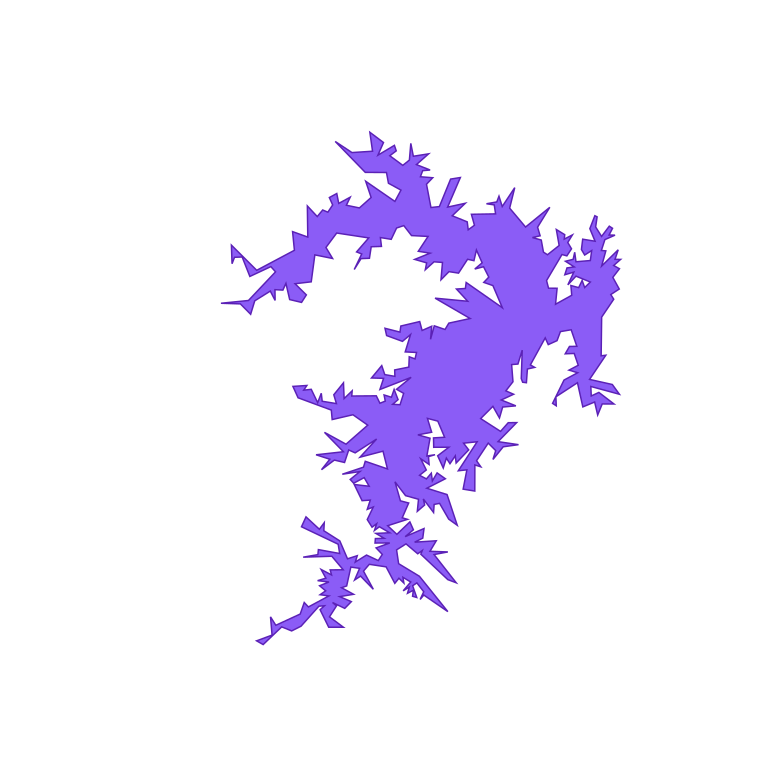 Wadung Kedungombo, Jawa Tengah, Indonesia, rotated 45°
{"feature_id": "22746128B86942252851890", "entity_name": "Wadung Kedungombo", "entity_type": "district", "adm_level": 2, "iso_a3": "IDN", "parent_name": "Indonesia", "parent_adm1": "Jawa Tengah", "projection": "equal_earth", "projection_center": [110.819, -7.295], "detail": "fine", "context": "isolated", "style": "filled", "palette": "violet", "viewbox_px": 768, "rotation_deg": 45, "n_neighbors": 0, "source": "geoboundaries", "source_scale": "gbopen_adm2", "svg_char_len": 6158}
<svg xmlns="http://www.w3.org/2000/svg" viewBox="0 0 768 768"><g transform="rotate(45 384 384)"><path d="M317.6,274.2L328.5,268.2L332.4,274.0L333.0,262.2L339.4,256.7L350.6,270.0L350.5,258.6L358.3,252.9L354.9,236.7L360.4,233.2L354.6,223.9L367.7,228.9L366.9,238.5L371.5,230.7L382.5,234.3L382.7,241.6L391.4,237.4L413.8,246.4L370.3,254.1L374.0,258.9L368.1,265.6L384.7,266.3L359.4,287.2L398.6,276.8L386.8,295.1L388.6,302.3L378.4,307.3L385.3,319.5L376.9,309.4L373.1,319.2L365.1,314.6L354.9,331.1L358.6,336.0L345.3,343.9L351.6,347.9L366.9,340.8L367.8,330.3L376.3,346.3L384.7,338.7L388.2,344.3L382.6,346.9L389.6,354.5L381.6,366.5L386.3,370.9L377.9,376.8L369.4,372.6L370.9,388.6L379.7,380.3L385.0,390.8L398.5,360.1L396.6,378.9L404.5,376.7L410.0,387.3L404.5,392.2L405.0,385.1L395.0,380.7L398.6,388.1L391.8,391.7L397.0,395.2L394.7,400.5L386.9,397.8L369.7,415.3L366.3,411.3L366.1,422.5L354.5,411.8L356.1,427.1L364.2,431.5L352.5,439.9L346.2,434.9L350.3,444.1L336.3,439.2L331.6,445.1L330.5,439.6L321.3,450.1L333.0,454.5L365.2,439.7L372.5,445.8L383.8,427.7L401.6,424.6L399.7,453.4L376.1,460.3L403.2,460.6L386.0,482.1L398.9,475.5L400.4,488.8L402.7,472.9L411.6,467.4L405.7,455.6L412.3,453.1L417.7,428.1L418.8,452.7L430.8,432.2L446.5,441.6L425.4,451.9L428.3,457.3L418.3,477.3L428.9,462.9L427.6,475.4L432.7,475.6L436.2,464.2L445.8,466.8L434.0,476.1L451.0,482.0L456.4,475.8L460.8,484.5L463.4,478.6L468.0,491.7L476.8,493.7L477.6,488.0L480.8,494.3L481.7,488.2L493.2,485.2L483.9,495.4L493.2,493.0L487.2,499.4L490.1,502.8L500.5,492.3L494.3,505.5L503.3,505.7L504.8,512.9L492.6,517.3L489.6,530.2L486.5,524.3L481.8,533.4L463.7,526.2L445.2,530.3L439.8,524.3L441.0,532.4L422.8,533.1L426.6,543.3L464.9,529.7L472.5,535.2L454.7,547.5L457.9,551.4L449.3,563.6L468.9,542.7L486.5,544.2L477.4,553.5L481.9,556.1L470.7,559.6L480.2,562.4L476.1,570.0L485.1,562.9L481.1,572.2L489.0,571.5L487.8,578.2L494.9,572.8L488.2,595.1L482.1,594.9L487.4,605.9L478.1,631.1L468.4,628.9L482.4,640.7L475.5,655.7L482.8,653.7L483.4,628.1L493.3,623.9L496.6,613.9L495.1,587.1L498.7,582.9L498.4,588.8L516.9,595.1L527.3,584.7L510.1,587.2L507.3,574.5L502.1,574.9L514.9,570.4L514.8,561.0L503.0,565.7L511.2,554.2L498.0,558.1L500.4,553.2L490.0,536.9L497.1,531.6L501.8,543.4L503.3,536.4L521.6,536.7L501.8,530.8L501.1,521.9L514.8,511.8L532.6,517.3L531.9,510.8L538.8,510.7L534.1,507.3L542.9,505.1L543.8,516.7L545.5,509.7L548.6,515.4L550.6,509.1L554.3,513.9L558.1,511.8L546.9,506.4L547.9,501.4L559.0,502.8L561.9,510.8L561.4,505.1L590.1,499.8L545.0,494.9L521.4,500.7L510.2,492.4L512.6,481.5L527.9,480.2L528.8,474.7L530.4,478.3L567.5,477.2L575.6,473.5L540.0,469.2L547.9,457.6L534.8,469.8L531.8,457.9L517.5,474.2L520.4,465.6L514.5,457.9L506.9,477.0L507.9,466.3L499.8,463.2L499.4,481.2L486.8,481.6L496.3,463.1L491.5,465.7L485.6,450.7L478.2,455.0L460.9,445.4L478.2,447.7L489.9,441.1L497.6,450.5L498.3,440.8L493.1,437.5L509.9,439.8L504.6,433.7L507.7,429.1L525.3,433.8L535.7,432.1L506.8,417.6L488.0,427.4L494.4,407.6L484.4,409.3L486.7,418.3L480.5,413.6L481.1,421.1L473.7,423.4L474.7,414.9L462.8,410.9L472.8,409.0L466.8,403.9L470.1,397.9L465.2,404.6L454.9,389.8L443.9,396.0L451.8,384.4L439.0,377.6L448.3,372.2L464.5,378.8L457.1,387.1L463.9,393.6L474.6,382.8L472.7,396.8L485.3,401.5L480.5,392.3L487.0,393.7L485.2,384.4L490.9,388.9L490.5,370.7L482.1,369.6L490.7,359.0L497.9,392.8L503.3,386.1L514.3,402.4L523.9,395.5L505.5,377.0L511.0,374.1L503.7,372.8L499.5,352.1L510.1,352.1L514.4,360.3L512.7,344.1L522.0,331.8L505.4,344.1L505.1,317.5L499.2,323.5L499.9,335.1L476.8,340.1L476.8,322.8L489.7,326.4L484.2,316.4L492.7,306.2L478.2,312.4L482.9,299.6L475.0,302.7L473.6,291.2L460.5,280.0L464.6,275.2L457.8,262.3L477.2,283.1L480.8,284.7L483.8,282.4L474.8,272.0L478.8,265.7L474.0,267.0L465.4,237.4L472.3,240.0L475.7,231.0L471.7,222.2L478.0,213.3L493.7,221.0L488.6,226.3L490.8,234.5L496.9,227.9L508.1,233.4L505.0,243.4L513.0,239.1L508.5,253.9L516.9,278.5L521.2,277.6L514.6,271.5L519.9,246.3L540.8,259.6L545.7,247.8L557.0,254.8L552.4,243.8L560.8,235.5L541.9,238.0L539.0,245.9L532.0,239.5L557.7,224.8L545.8,222.9L526.1,235.4L520.5,206.8L517.6,210.5L490.6,182.8L486.5,161.6L481.1,160.4L483.2,150.5L470.4,146.8L469.0,136.0L462.6,137.8L463.2,128.6L459.2,132.5L454.7,123.5L454.5,146.7L446.7,133.0L443.3,135.9L438.1,125.7L442.1,115.4L437.8,119.5L435.5,112.3L431.7,113.1L433.5,125.8L422.6,123.3L416.5,115.1L414.1,115.9L419.7,128.6L432.3,133.8L422.1,141.1L428.5,149.3L434.7,150.9L436.5,142.8L442.6,150.8L433.3,161.8L425.7,156.0L429.6,162.1L425.5,168.9L435.7,166.7L431.3,172.5L434.6,178.9L439.1,170.7L443.9,183.9L443.5,172.0L457.8,166.0L457.7,173.9L450.9,170.7L453.5,178.2L446.5,182.2L454.0,188.5L448.9,206.3L438.7,193.9L432.6,199.9L425.8,195.9L418.3,166.6L422.7,164.1L421.0,155.8L413.9,154.0L411.8,145.4L409.0,154.1L406.2,150.6L396.6,152.9L409.9,162.2L408.2,177.0L403.5,178.0L393.4,171.0L385.4,175.5L389.6,168.8L381.7,164.5L376.3,141.8L373.1,172.9L348.5,170.8L337.6,152.7L342.1,174.9L332.5,169.9L335.0,175.5L329.0,184.1L335.3,179.4L342.6,184.8L325.8,202.2L335.7,207.8L334.5,215.4L328.2,210.5L313.3,216.8L313.7,198.7L303.9,213.9L292.0,184.0L286.2,192.0L297.7,219.4L292.4,226.0L272.8,212.7L272.6,203.7L263.2,211.7L260.5,205.8L265.3,200.1L251.8,205.9L252.8,189.7L243.7,202.2L232.8,194.9L243.6,207.7L242.7,216.1L226.7,218.5L227.8,210.5L222.6,207.9L217.9,226.5L212.9,213.6L196.0,216.0L211.3,227.5L197.7,243.0L178.0,247.0L221.1,247.6L236.2,232.7L245.2,238.9L258.9,234.9L262.6,247.2L227.7,253.6L243.0,261.2L242.1,276.9L231.0,284.2L228.0,275.8L224.3,288.3L215.9,282.7L213.5,290.8L221.1,293.7L222.8,302.2L217.6,304.3L218.4,312.8L203.9,312.3L226.2,334.0L211.6,340.9L226.1,352.8L213.6,393.6L177.9,393.7L191.5,406.4L188.7,400.1L193.9,394.5L213.1,402.8L221.0,381.0L228.0,381.4L229.1,420.8L211.6,442.2L225.8,428.9L240.4,429.0L233.8,416.6L237.9,398.7L247.9,401.9L240.2,394.4L246.1,389.1L243.5,382.2L257.6,391.0L268.0,384.6L266.1,375.9L250.2,376.0L260.3,363.2L243.8,341.6L258.9,331.6L246.4,328.5L243.8,310.7L269.9,291.5L271.2,310.0L276.3,307.8L282.0,324.1L279.1,311.6L284.8,305.4L277.9,296.0L284.9,288.5L277.9,283.0L286.8,276.6L282.6,264.8L286.0,258.0L298.5,259.6L310.8,248.5L314.4,265.9L324.1,258.9L317.6,274.2Z" fill="#8b5cf6" stroke="#5b21b6" stroke-width="1.5"/></g></svg>